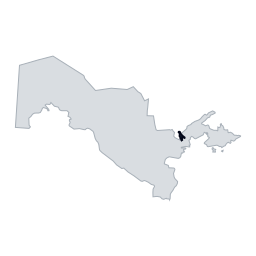 Sirdarya, Sirdaryo, Uzbekistan (highlighted)
{"feature_id": "79887680B82422734608067", "entity_name": "Sirdarya", "entity_type": "district", "adm_level": 2, "iso_a3": "UZB", "parent_name": "Uzbekistan", "parent_adm1": "Sirdaryo", "projection": "equal_earth", "projection_center": [68.708, 40.817], "detail": "fine", "context": "in_parent", "style": "filled", "palette": "ink", "viewbox_px": 256, "rotation_deg": 0, "n_neighbors": 0, "source": "geoboundaries", "source_scale": "gbopen_adm2", "svg_char_len": 4612}
<svg xmlns="http://www.w3.org/2000/svg" viewBox="0 0 256 256"><path d="M208.5,112.9L212.7,110.9L215.0,112.2L215.2,113.0L212.7,114.4L210.4,115.2L209.7,117.1L207.5,117.9L205.2,120.5L201.6,123.1L201.6,123.6L201.9,124.1L203.1,124.4L205.5,125.8L207.7,125.0L208.3,125.2L208.9,126.0L209.6,128.4L210.6,129.0L213.9,130.3L216.4,130.3L217.6,130.8L217.8,130.6L217.9,127.0L219.0,127.6L220.1,127.2L220.5,125.4L220.3,124.3L221.1,123.6L221.5,124.1L221.6,125.1L222.8,125.8L223.7,127.6L224.0,129.6L226.3,130.1L227.1,129.7L227.7,129.9L228.1,132.5L228.4,132.7L230.4,132.2L232.3,133.2L234.3,135.2L236.6,135.3L237.1,135.6L238.7,135.3L240.6,135.9L240.6,136.2L240.3,136.6L235.9,139.0L234.7,140.6L233.7,141.1L231.0,140.2L230.6,141.2L231.1,142.2L230.5,143.3L229.1,142.9L228.8,142.3L227.5,142.6L226.0,144.3L225.2,145.7L223.8,146.2L221.8,147.6L221.0,146.5L219.5,146.6L217.6,145.4L216.6,145.2L208.1,146.7L207.4,146.5L206.5,144.6L204.3,143.6L204.4,142.6L208.8,138.6L209.3,137.4L207.8,136.7L208.0,135.7L205.1,132.5L204.6,132.3L204.2,132.4L203.2,134.8L195.6,138.8L194.5,138.5L192.8,136.9L191.6,136.4L190.3,137.7L190.3,139.2L188.9,140.4L190.2,144.5L190.1,145.1L189.1,145.2L189.8,146.8L189.2,147.0L185.6,146.4L181.3,147.3L181.4,148.0L185.2,147.9L185.8,148.1L185.8,148.7L185.6,149.0L183.6,149.4L183.4,150.0L184.5,151.8L184.0,152.2L183.3,151.9L182.7,153.1L181.4,153.0L180.7,156.6L179.7,157.8L178.3,158.4L169.2,156.8L166.9,157.9L165.3,159.5L164.3,163.4L164.4,163.9L168.3,165.4L168.9,167.8L173.5,168.0L174.3,168.3L174.7,168.9L174.9,169.6L173.5,173.5L174.1,176.9L174.8,178.5L177.6,181.5L177.4,183.2L176.8,184.7L176.0,186.0L175.2,186.5L174.0,188.2L173.0,190.2L171.0,192.9L170.3,194.3L170.1,198.6L169.6,199.9L169.5,199.4L168.8,199.0L166.7,198.8L166.3,198.3L163.7,199.3L162.0,198.8L160.3,197.0L157.1,196.4L153.0,196.8L152.9,192.4L153.1,189.1L154.5,186.5L154.5,186.0L153.8,185.1L151.3,184.4L148.4,182.3L145.8,181.0L144.2,180.5L142.5,181.3L141.0,181.1L133.9,175.8L127.9,171.9L123.8,168.1L121.8,168.5L116.6,164.9L113.3,161.1L102.2,152.7L100.0,150.6L99.5,149.6L98.8,144.5L97.8,142.1L96.4,140.8L95.2,138.4L93.6,132.4L93.0,131.3L89.6,128.8L87.7,128.2L86.3,128.6L85.5,129.6L84.3,129.7L79.5,128.6L74.0,129.1L69.4,126.0L69.1,125.6L69.1,124.7L70.1,122.7L70.0,121.8L69.4,120.9L69.4,119.9L69.9,119.3L70.8,119.5L71.1,119.1L71.0,118.6L70.0,117.3L67.9,116.2L68.3,115.4L68.5,113.5L68.9,112.5L68.6,112.2L67.0,110.7L61.7,110.7L60.5,110.3L59.5,109.7L58.6,107.6L58.1,107.1L54.4,106.2L50.9,102.5L50.1,104.2L49.3,104.5L46.5,104.1L45.1,105.1L48.3,108.8L49.0,110.0L49.0,110.7L48.0,110.8L47.1,109.0L46.6,108.5L43.3,107.5L42.2,108.6L41.8,110.0L40.3,112.5L38.6,113.0L34.6,113.1L33.4,113.7L32.5,114.3L30.9,116.5L28.8,118.2L29.1,125.2L30.4,126.9L29.0,128.4L15.4,127.4L19.5,65.3L39.0,59.7L53.0,56.1L83.4,75.3L84.1,76.1L84.5,77.8L85.2,79.1L95.5,90.5L111.3,88.2L127.2,89.5L133.3,86.7L137.9,91.7L140.8,93.5L144.6,100.8L148.5,98.9L147.7,107.7L147.3,110.4L147.1,115.7L153.5,115.9L154.8,124.4L156.1,129.8L157.5,130.5L169.6,129.7L170.5,130.1L172.2,129.5L173.3,131.3L174.5,132.4L173.7,136.2L175.1,137.7L178.5,139.5L180.6,139.4L180.9,138.8L180.8,137.9L180.4,137.0L180.4,135.9L180.7,135.1L182.7,132.2L186.0,129.4L186.8,128.4L187.0,126.6L188.2,125.6L191.0,124.5L191.4,123.6L194.9,121.4L198.7,120.0L200.5,118.8L202.2,116.7L204.6,114.4L205.6,114.4L206.3,115.1L206.8,115.1L208.5,112.9ZM207.9,134.0L207.5,132.9L206.9,132.5L206.6,132.7L207.5,134.1L207.9,134.0ZM215.4,152.1L212.8,152.0L213.3,150.4L212.3,149.6L212.1,148.7L212.3,147.9L213.0,147.6L213.7,148.8L215.7,149.4L215.0,150.6L215.5,151.8L215.4,152.1ZM223.1,150.3L222.7,151.8L221.5,151.2L221.7,150.8L223.1,150.3Z" fill="#d9dde1" stroke="#a8b0b8" stroke-width="1"/><path d="M182.4,140.1L182.0,138.0L182.1,137.9L182.5,138.0L182.6,137.7L182.4,137.4L182.5,137.3L182.7,137.5L182.9,137.5L182.9,137.2L183.0,137.0L183.3,137.0L183.5,137.1L183.6,137.3L183.5,137.6L183.9,137.7L184.2,138.1L184.5,138.2L184.8,138.0L184.8,137.8L184.7,137.8L184.7,137.7L184.6,137.3L184.6,137.2L184.4,137.1L184.1,137.0L184.1,136.9L184.0,136.7L183.9,136.6L183.6,136.5L183.5,136.4L183.4,136.3L183.3,136.2L183.2,136.2L182.9,136.1L182.7,136.1L182.5,135.9L182.6,135.7L182.4,135.6L182.3,135.8L182.2,135.8L182.2,135.7L182.2,135.3L182.2,135.1L181.8,134.8L181.1,134.0L181.1,133.9L180.7,133.3L180.4,133.0L180.6,132.8L180.3,132.1L179.8,131.7L179.1,131.5L178.6,131.7L178.4,132.2L178.8,132.8L179.6,133.0L179.5,133.5L179.7,134.1L179.4,134.8L179.4,136.3L179.8,136.9L180.1,137.2L180.2,138.2L180.5,138.1L181.1,138.8L181.3,138.8L181.2,139.1L181.5,139.2L181.4,139.5L181.1,139.8L181.5,139.9L181.5,140.2L181.6,140.6L181.9,140.4L182.4,140.1Z" fill="#0f172a" stroke="#020617" stroke-width="1.5"/></svg>